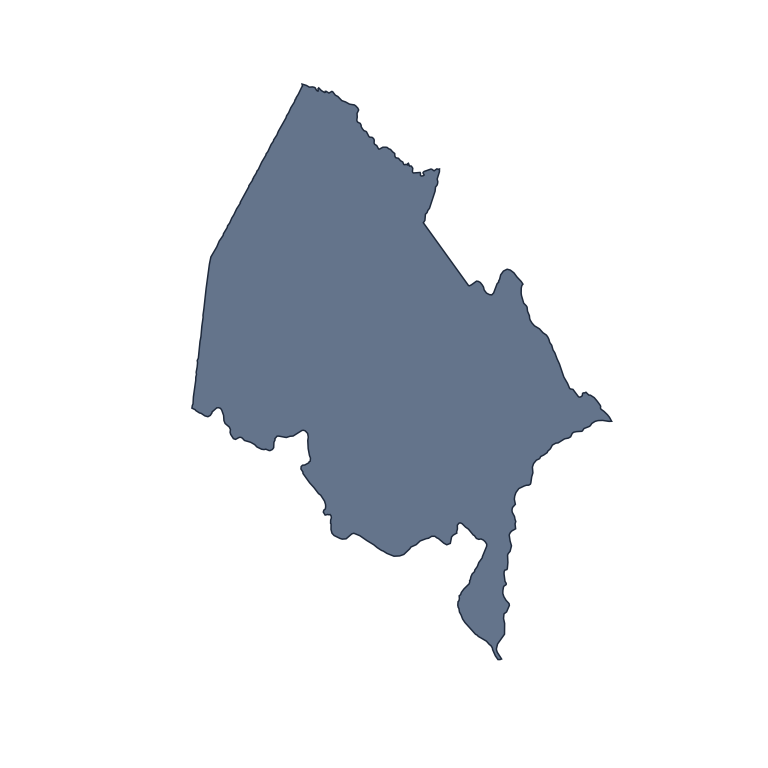 Los Amates, Izabal, Guatemala, rotated 145°
{"feature_id": "79465075B97671971478727", "entity_name": "Los Amates", "entity_type": "district", "adm_level": 2, "iso_a3": "GTM", "parent_name": "Guatemala", "parent_adm1": "Izabal", "projection": "equal_earth", "projection_center": [-89.106, 15.292], "detail": "fine", "context": "isolated", "style": "filled", "palette": "slate", "viewbox_px": 768, "rotation_deg": 145, "n_neighbors": 0, "source": "geoboundaries", "source_scale": "gbopen_adm2", "svg_char_len": 6166}
<svg xmlns="http://www.w3.org/2000/svg" viewBox="0 0 768 768"><g transform="rotate(145 384 384)"><path d="M212.9,386.1L212.8,389.3L213.7,395.5L213.8,400.5L215.2,404.9L217.3,407.4L221.4,408.0L225.8,406.5L229.2,403.5L231.2,402.5L231.6,401.7L233.8,401.3L242.0,395.7L244.6,395.2L246.4,396.8L247.9,399.7L248.0,403.6L246.9,406.3L246.7,408.7L246.9,411.9L247.9,414.0L249.2,415.2L255.4,415.1L257.6,415.4L258.3,416.2L259.3,493.5L256.6,494.6L252.7,499.3L250.4,499.7L248.6,501.0L246.0,501.8L231.6,512.6L228.8,515.8L226.6,516.4L225.3,517.3L223.9,518.8L222.9,521.4L216.9,526.0L215.2,528.3L216.3,528.7L217.3,529.9L220.7,529.9L221.7,532.6L222.4,533.2L229.2,535.1L230.6,534.9L231.0,534.5L231.2,532.2L232.4,532.1L233.8,532.7L234.3,533.2L234.4,534.2L233.3,535.6L233.1,536.6L238.9,540.0L239.1,540.8L238.9,541.7L236.7,544.2L236.6,546.5L236.8,547.1L238.1,547.9L237.4,550.8L238.1,550.9L239.0,549.9L239.9,551.3L241.2,551.7L241.9,552.5L241.3,555.1L242.4,557.5L242.7,560.6L244.5,562.5L244.6,563.3L244.4,564.4L243.0,566.7L243.8,569.4L244.1,572.4L245.1,573.8L245.8,576.1L246.9,577.1L249.1,578.6L252.7,579.0L253.4,579.2L253.6,579.9L253.2,583.5L254.1,585.6L254.1,586.4L253.7,587.4L252.5,588.8L251.9,590.0L251.8,591.2L252.3,592.9L254.2,594.5L254.4,595.5L253.7,600.5L253.9,601.3L255.1,603.0L255.3,605.3L255.1,607.9L254.3,609.1L254.0,611.1L255.4,613.7L255.2,615.1L254.9,615.8L252.8,618.0L250.9,621.1L247.6,623.0L247.2,625.0L247.6,627.9L248.2,629.6L251.7,633.0L253.7,637.1L256.0,640.3L256.9,646.0L258.2,648.5L258.4,652.9L258.9,653.6L262.2,653.9L263.6,657.1L264.3,657.4L264.7,656.6L265.5,656.9L267.0,660.3L267.6,664.0L268.7,663.7L269.8,661.8L270.5,662.2L270.8,663.4L270.5,666.1L271.0,667.1L272.2,668.4L274.9,670.0L276.3,673.1L279.1,676.7L280.1,674.6L280.9,674.5L288.0,670.5L291.8,668.9L292.6,668.1L293.4,668.1L295.8,666.3L301.8,663.8L306.5,660.9L309.9,659.6L311.7,658.2L325.6,651.6L328.9,649.4L334.3,647.3L335.4,646.3L339.0,645.0L345.8,641.0L348.6,640.1L349.7,639.1L356.9,635.9L364.1,631.7L365.5,631.5L367.9,629.9L372.5,628.0L373.1,627.3L374.1,627.2L374.9,626.3L380.9,624.0L381.7,623.1L397.7,615.2L397.8,614.6L404.3,612.0L409.8,608.8L413.4,607.3L418.1,604.4L421.4,603.3L422.7,602.1L429.3,599.2L430.5,598.0L437.0,595.6L442.2,592.3L452.9,587.4L458.2,582.4L474.9,564.3L488.4,548.9L492.8,544.2L494.0,542.3L500.1,535.8L506.8,527.8L510.3,524.4L521.3,511.6L523.5,510.4L524.5,508.4L527.3,505.1L531.1,501.4L532.2,499.3L534.2,497.6L536.2,494.9L547.5,482.8L551.8,477.3L553.4,476.3L555.2,474.4L553.4,471.2L553.4,470.2L551.8,466.2L550.6,464.8L549.0,460.6L547.0,458.2L544.3,457.9L541.5,459.0L540.9,459.7L534.7,460.4L533.0,459.4L531.9,457.8L531.9,455.7L533.4,450.3L536.1,445.8L536.8,442.8L535.4,437.4L535.9,434.8L537.8,432.7L538.5,430.6L538.7,425.6L537.4,423.8L533.2,423.3L531.8,422.4L531.1,420.9L530.7,417.8L526.7,412.8L524.7,408.6L524.2,405.3L521.7,400.8L519.9,399.1L518.2,398.4L516.3,395.4L515.5,394.8L513.0,394.4L510.9,395.1L507.6,399.4L505.3,400.7L504.8,401.8L501.5,402.6L500.1,401.7L494.7,396.2L491.0,395.1L488.3,393.5L477.8,393.0L476.5,392.3L475.4,390.8L474.9,387.3L476.5,383.9L478.8,381.5L483.2,374.5L486.1,368.1L486.7,365.5L488.7,363.1L490.0,363.2L490.8,362.6L495.4,363.1L497.3,364.2L499.2,363.9L500.8,362.0L500.9,358.5L501.7,357.1L501.6,345.7L500.8,339.5L500.5,331.7L499.6,329.3L499.9,322.2L501.0,318.8L502.2,316.9L503.7,315.3L505.6,315.2L507.2,313.9L507.4,310.4L504.9,309.4L504.1,308.4L503.0,308.0L503.0,306.3L503.9,304.5L505.7,303.2L507.7,300.5L507.7,299.6L510.9,295.2L512.2,291.6L511.8,288.5L508.6,282.7L507.2,280.9L503.8,278.9L496.3,279.7L494.3,279.0L490.8,273.6L487.9,265.7L484.6,258.2L483.4,253.8L481.5,249.1L480.4,247.5L478.8,243.6L474.6,237.2L469.8,234.2L465.5,233.0L457.5,234.2L455.4,235.0L449.8,233.9L444.4,234.7L438.1,233.1L436.0,232.1L432.3,231.9L429.7,230.1L428.9,227.5L428.1,226.3L426.3,219.3L424.8,216.3L421.1,215.4L416.3,220.0L413.9,220.5L409.8,220.1L409.5,221.1L407.0,223.1L404.9,226.3L402.3,227.0L401.1,226.4L400.1,224.7L399.3,220.0L398.1,216.8L397.5,209.1L396.9,208.0L396.9,204.5L395.5,202.4L393.4,201.4L392.1,199.1L391.6,196.8L391.7,193.9L393.0,192.2L402.5,186.1L403.0,185.4L408.7,183.4L412.2,181.0L416.4,179.5L417.4,178.4L420.6,177.9L423.3,176.3L425.5,174.2L426.6,173.9L427.2,172.8L428.8,171.5L436.0,170.3L440.2,168.9L442.1,167.5L443.9,167.4L445.4,164.9L446.9,163.5L448.2,163.2L450.4,160.5L451.3,158.5L451.4,157.1L453.0,153.9L453.3,150.7L454.4,146.4L454.5,142.2L452.6,126.4L451.9,125.4L451.5,123.1L447.6,114.6L447.1,110.1L446.5,108.6L446.6,105.8L447.4,104.0L448.7,97.5L448.7,92.9L447.0,91.7L445.4,91.3L445.1,99.2L444.4,101.6L443.6,102.8L440.1,105.9L428.8,109.9L422.5,118.7L420.6,123.3L417.9,126.5L417.4,126.9L414.3,127.0L408.3,130.7L407.5,132.4L408.1,136.8L407.8,141.0L406.8,144.3L405.0,146.7L402.5,149.2L401.7,149.6L399.1,149.6L398.5,150.1L398.2,150.9L398.1,152.9L394.6,159.6L393.2,161.4L391.9,162.2L389.7,161.5L388.8,162.1L384.9,166.7L380.9,173.0L379.4,173.9L376.7,174.6L372.4,178.3L370.7,183.2L368.1,188.4L367.4,189.0L365.6,189.9L363.4,190.3L359.2,189.9L356.9,194.2L354.9,195.8L354.3,198.0L353.1,200.6L352.5,205.4L351.5,207.3L349.6,209.1L345.4,210.1L343.3,214.9L341.2,217.2L338.2,219.4L333.5,221.0L327.5,220.0L325.5,219.4L323.4,218.1L321.5,218.0L320.4,218.8L316.2,223.3L313.0,225.8L310.1,230.8L307.1,233.0L302.9,234.2L299.4,233.6L297.2,234.7L293.9,234.2L289.7,234.2L288.5,235.0L284.9,235.5L281.1,237.4L277.2,237.0L275.2,235.9L267.5,235.5L263.9,233.9L261.4,233.7L258.1,235.6L256.3,235.7L253.7,234.6L249.1,231.8L248.3,231.8L245.7,232.8L240.4,231.5L238.9,231.5L236.4,232.5L232.5,232.3L229.7,231.3L225.8,228.8L221.1,224.3L218.9,222.9L218.4,227.4L218.6,230.7L219.5,235.4L220.7,238.9L220.5,240.1L219.3,241.5L219.1,242.6L219.2,247.7L219.6,252.2L221.3,256.4L222.6,257.5L223.3,261.4L224.7,261.6L225.8,262.4L226.7,262.4L228.3,260.7L230.2,260.6L231.4,261.1L232.0,262.0L232.3,271.2L234.2,273.1L234.4,274.2L233.3,279.3L232.7,286.5L228.8,299.8L227.8,305.4L226.2,311.4L226.0,315.0L224.4,319.5L224.4,323.0L223.3,326.0L222.9,328.5L222.9,330.9L224.4,334.9L225.0,340.0L227.4,345.4L227.8,349.1L227.6,352.4L227.1,354.1L225.7,356.6L224.7,361.3L222.7,364.9L222.6,366.4L223.2,370.1L220.6,377.7L219.5,379.8L216.5,383.9L214.6,385.6L212.9,386.1Z" fill="#64748b" stroke="#1e293b" stroke-width="1.5"/></g></svg>